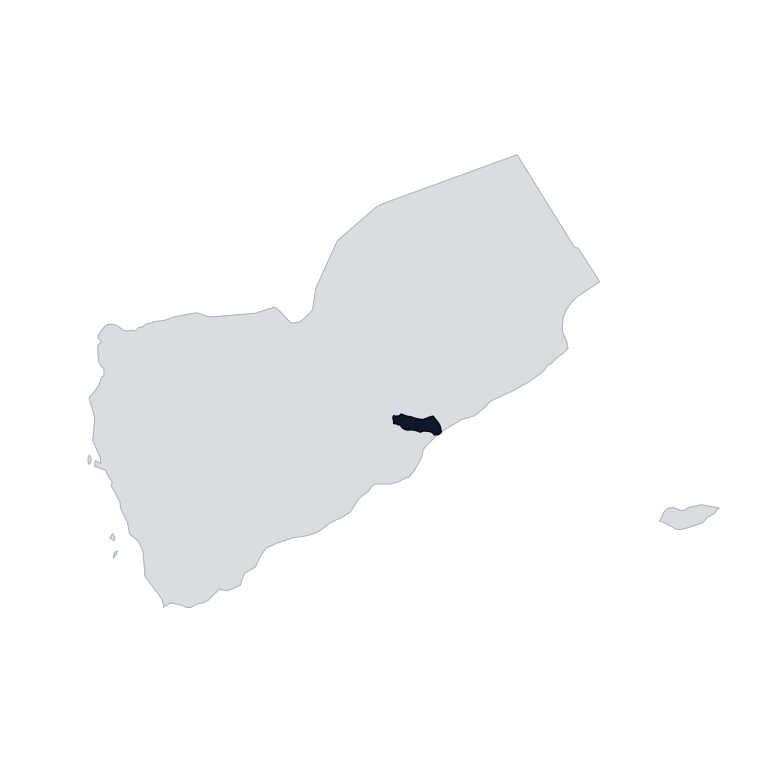 Ghayl Bawazir, Hadramawt, Yemen shown in context, rotated 349°
{"feature_id": "15242507B58330676723626", "entity_name": "Ghayl Bawazir", "entity_type": "district", "adm_level": 2, "iso_a3": "YEM", "parent_name": "Yemen", "parent_adm1": "Hadramawt", "projection": "natural_earth1", "projection_center": [49.096, 14.883], "detail": "fine", "context": "in_parent", "style": "filled", "palette": "ink", "viewbox_px": 768, "rotation_deg": 349, "n_neighbors": 0, "source": "geoboundaries", "source_scale": "gbopen_adm2", "svg_char_len": 7280}
<svg xmlns="http://www.w3.org/2000/svg" viewBox="0 0 768 768"><g transform="rotate(349 384 384)"><path d="M615.3,324.8L589.7,335.5L583.0,340.2L576.9,346.1L572.3,353.4L569.1,366.2L571.6,378.0L571.4,384.2L564.8,388.4L558.6,391.4L551.7,396.0L547.6,397.1L544.2,400.8L540.2,403.3L525.9,409.9L510.2,415.0L485.3,421.2L475.7,427.8L467.0,432.4L453.7,433.7L435.4,440.1L425.3,445.1L412.7,453.4L409.9,456.0L407.7,462.0L403.8,467.3L396.2,475.8L390.5,480.3L386.7,480.5L379.3,482.9L370.6,483.4L355.9,480.4L352.1,482.5L349.0,485.8L337.6,491.7L326.1,503.5L317.6,506.6L304.0,510.3L294.4,515.2L288.0,517.2L279.8,518.2L264.5,517.7L250.0,519.5L236.6,522.8L230.2,529.1L223.0,539.0L211.3,543.1L208.5,546.7L204.8,554.0L197.2,555.9L190.3,557.1L183.3,553.9L170.0,562.8L164.9,564.3L157.3,564.6L151.9,566.5L148.0,565.9L143.2,562.5L133.0,558.3L125.4,561.0L124.9,552.6L112.6,527.1L115.3,504.8L115.3,501.6L112.9,491.7L105.6,482.6L105.8,471.1L103.4,462.8L101.5,454.4L102.2,452.1L102.3,450.1L98.6,437.0L97.4,434.4L96.9,431.6L98.2,429.6L98.2,427.1L96.2,423.1L94.1,415.5L84.1,409.5L86.2,403.9L88.1,405.9L90.8,407.6L91.3,403.9L91.4,401.2L87.3,384.3L93.7,361.7L91.8,341.4L101.4,333.2L103.9,330.7L105.3,328.5L107.5,323.9L110.6,322.4L111.7,317.5L111.7,315.1L109.7,313.0L108.3,307.3L108.8,300.1L109.3,297.0L110.4,291.5L113.7,289.5L114.5,287.9L112.0,284.4L112.3,282.3L118.0,276.5L120.2,274.7L123.9,272.9L126.7,272.9L130.0,274.0L133.0,275.6L135.8,278.6L138.8,281.9L143.4,283.2L146.6,282.9L149.1,284.4L151.3,283.6L153.8,281.8L157.7,281.9L161.3,279.9L171.4,279.0L181.2,279.6L191.3,278.0L201.5,278.1L211.7,278.2L214.0,278.5L216.2,279.5L224.8,284.7L231.4,285.7L244.5,287.1L258.6,288.6L270.8,290.0L281.1,288.7L289.7,287.7L292.0,287.9L294.5,291.1L299.7,299.1L304.5,306.6L313.1,307.0L318.5,304.2L324.6,300.2L328.2,297.1L332.5,284.9L335.3,277.0L341.6,268.1L346.9,260.6L353.9,250.8L357.8,245.3L365.5,234.5L372.8,230.3L386.8,222.2L400.6,214.3L409.6,209.1L417.2,206.7L430.1,204.7L445.1,202.3L460.2,199.9L476.2,197.4L494.1,194.5L506.3,192.6L521.9,190.1L534.9,188.0L546.5,186.2L558.4,184.3L560.6,190.3L562.9,196.3L565.2,202.2L567.5,208.2L569.7,214.2L572.0,220.2L574.3,226.2L576.6,232.1L578.8,238.1L581.1,244.1L583.4,250.1L585.7,256.1L587.9,262.0L590.2,268.0L592.5,274.0L594.8,280.0L597.0,285.8L600.6,287.8L602.8,293.3L606.0,301.2L609.1,309.1L612.2,317.0L615.3,324.8ZM651.1,564.7L654.3,565.4L659.1,563.4L672.8,563.1L689.4,569.7L686.3,571.5L684.5,573.9L677.2,576.1L670.0,581.2L648.9,583.7L642.8,582.3L637.7,577.4L628.3,570.9L632.0,566.8L632.7,564.9L634.1,563.1L639.4,560.0L644.7,560.5L651.1,564.7ZM90.1,485.0L89.4,486.2L88.5,485.9L85.4,482.8L88.9,479.2L90.7,482.5L90.1,485.0ZM80.7,405.3L79.0,406.6L78.6,404.3L79.7,399.1L81.3,397.6L82.4,401.4L81.7,403.6L80.7,405.3ZM88.4,500.9L85.0,502.8L87.4,498.0L89.7,497.0L90.4,497.2L88.4,500.9Z" fill="#d9dde1" stroke="#a8b0b8" stroke-width="1"/><path d="M426.1,425.0L425.8,425.0L425.7,425.0L425.4,425.0L425.0,425.0L424.9,425.0L424.7,425.1L424.3,425.1L424.0,425.1L423.9,425.1L423.6,425.1L423.4,425.1L423.0,425.2L422.7,425.2L422.4,425.2L422.2,425.2L422.0,425.3L421.7,425.3L421.3,425.4L420.9,425.5L420.6,425.6L420.2,425.7L419.8,425.8L419.5,425.8L419.2,425.9L418.7,426.0L418.3,426.0L418.2,426.0L417.9,426.1L417.5,426.1L417.1,426.2L416.7,426.3L416.3,426.3L416.0,426.3L415.9,426.3L415.5,426.3L415.0,426.3L414.7,426.2L414.3,426.1L414.0,426.0L413.8,426.0L413.7,425.9L413.4,425.8L413.0,425.7L412.8,425.6L412.7,425.6L412.3,425.5L412.1,425.4L411.6,425.1L411.2,425.0L410.9,424.8L410.5,424.6L410.4,424.6L410.1,424.5L409.8,424.4L409.6,424.3L409.1,424.1L408.8,424.0L408.4,423.8L408.3,423.7L407.9,423.6L407.6,423.4L407.3,423.3L407.1,423.1L406.9,423.0L406.8,422.9L406.5,422.8L406.1,422.5L405.7,422.2L405.3,421.9L405.2,421.9L405.0,421.7L404.6,421.6L404.2,421.4L403.8,421.3L403.5,421.1L403.4,421.1L403.1,421.0L403.0,420.9L402.8,420.9L402.5,420.8L402.2,420.7L401.9,420.6L401.6,420.5L401.2,420.3L400.8,420.2L400.4,420.0L399.9,419.8L399.6,419.6L399.4,419.5L399.3,419.4L398.9,419.2L398.6,419.0L398.2,418.8L398.1,418.7L397.9,418.6L397.6,418.4L397.4,418.4L397.1,418.1L396.8,417.9L396.5,417.7L396.4,417.7L396.0,417.4L395.6,417.1L395.3,416.9L395.1,416.9L395.0,417.0L394.7,417.2L394.4,417.4L394.3,417.5L394.1,417.6L393.8,417.8L393.4,417.9L393.3,418.0L393.0,418.0L392.7,418.1L392.2,418.2L391.9,418.2L391.5,418.2L391.4,418.2L391.1,418.1L390.7,418.1L390.3,418.1L390.0,418.0L389.9,418.0L389.6,417.9L389.1,417.8L388.8,417.6L388.4,417.5L388.1,417.4L387.9,417.3L387.7,417.2L387.4,417.0L387.1,417.4L387.0,417.6L386.9,417.7L386.9,417.8L386.7,418.1L386.5,418.4L386.5,418.6L386.4,418.7L386.3,419.1L386.3,419.6L386.3,420.0L386.4,420.5L386.4,420.9L386.4,421.0L386.4,421.3L386.4,421.7L386.4,422.2L386.4,422.4L386.4,422.6L386.4,422.8L386.3,423.0L386.3,423.4L386.2,423.8L386.1,424.2L386.0,424.5L386.6,424.7L387.0,424.8L387.3,425.0L387.7,425.1L388.0,425.3L388.4,425.4L388.8,425.6L389.2,425.7L389.3,425.8L389.8,426.1L390.0,426.5L390.2,426.9L390.5,427.0L390.9,426.9L391.4,426.9L391.9,427.0L392.2,427.2L392.3,427.3L392.6,427.7L392.6,427.8L392.6,428.2L392.7,428.5L392.8,428.7L392.9,429.0L393.0,429.4L393.1,429.5L393.3,429.8L393.5,430.3L393.8,430.7L394.1,430.9L394.4,431.2L394.7,431.5L395.0,431.8L395.4,432.1L395.8,432.4L396.1,432.6L396.4,432.8L396.6,432.9L396.8,433.0L397.2,433.1L397.5,433.3L397.9,433.5L398.2,433.6L398.3,433.6L398.6,433.7L399.1,433.8L399.3,433.8L399.6,433.8L399.8,433.9L400.3,433.9L400.5,433.9L401.0,434.0L401.4,434.0L401.6,434.1L402.0,434.1L402.4,434.2L402.8,434.3L403.2,434.4L403.6,434.6L404.0,434.7L404.5,434.9L404.9,435.1L405.1,435.2L405.3,435.3L405.7,435.4L406.0,435.5L406.5,435.8L406.8,435.9L406.9,436.0L407.2,436.1L407.5,436.3L408.0,436.5L408.3,436.7L408.6,436.9L409.0,437.2L409.3,437.4L409.4,437.5L409.6,437.6L409.9,437.8L410.2,438.0L410.4,438.0L410.6,438.0L411.1,438.0L411.5,438.0L411.8,437.9L412.0,437.8L412.3,437.8L412.4,437.7L412.6,437.7L413.0,437.7L413.4,437.6L413.8,437.6L414.1,437.7L414.5,437.7L415.0,437.9L415.4,438.0L415.6,438.0L415.8,438.1L416.2,438.2L416.4,438.3L416.7,438.4L417.1,438.5L417.5,438.6L417.9,438.7L418.3,438.8L418.6,438.8L419.0,439.0L419.3,439.1L419.6,439.3L420.0,439.5L420.3,439.7L420.6,439.8L421.0,440.0L421.3,440.2L421.6,440.4L421.8,440.6L422.1,440.9L422.4,441.2L422.6,441.5L422.8,441.9L422.9,442.1L423.0,442.3L423.2,442.6L423.4,443.0L423.5,443.4L423.6,443.5L424.0,443.7L424.3,443.7L424.8,443.6L425.2,443.6L425.8,443.5L426.2,443.5L426.4,443.5L426.7,443.6L426.9,443.8L427.1,444.0L427.3,444.0L427.5,444.0L427.8,443.9L428.2,443.7L428.5,443.6L428.8,443.5L428.8,443.4L429.2,443.2L429.3,443.1L429.5,443.0L429.8,443.0L429.7,443.1L429.8,443.1L429.8,442.9L430.1,442.7L430.3,442.6L430.5,442.5L430.7,442.4L431.0,442.3L431.1,442.2L431.2,441.5L431.1,441.3L431.1,440.9L431.0,440.5L431.0,440.1L431.0,439.9L431.0,439.7L431.1,439.2L431.1,438.7L431.1,438.3L431.1,438.1L431.1,437.8L431.1,437.6L431.1,437.2L431.1,436.8L431.1,436.4L431.0,435.9L430.9,435.7L430.8,435.1L430.6,434.8L430.5,434.4L430.3,433.9L430.2,433.4L430.0,432.9L429.9,432.5L429.7,432.1L429.6,431.8L429.5,431.7L429.3,431.3L429.2,431.1L429.1,430.9L428.8,430.4L428.6,430.0L428.5,429.8L428.4,429.6L428.3,429.4L428.2,429.3L428.0,428.9L427.7,428.4L427.6,428.1L427.4,427.7L427.2,427.3L427.0,427.0L427.0,426.9L426.8,426.5L426.7,426.4L426.6,426.2L426.5,425.8L426.3,425.4L426.1,425.0L426.1,425.0Z" fill="#0f172a" stroke="#020617" stroke-width="1.5"/></g></svg>